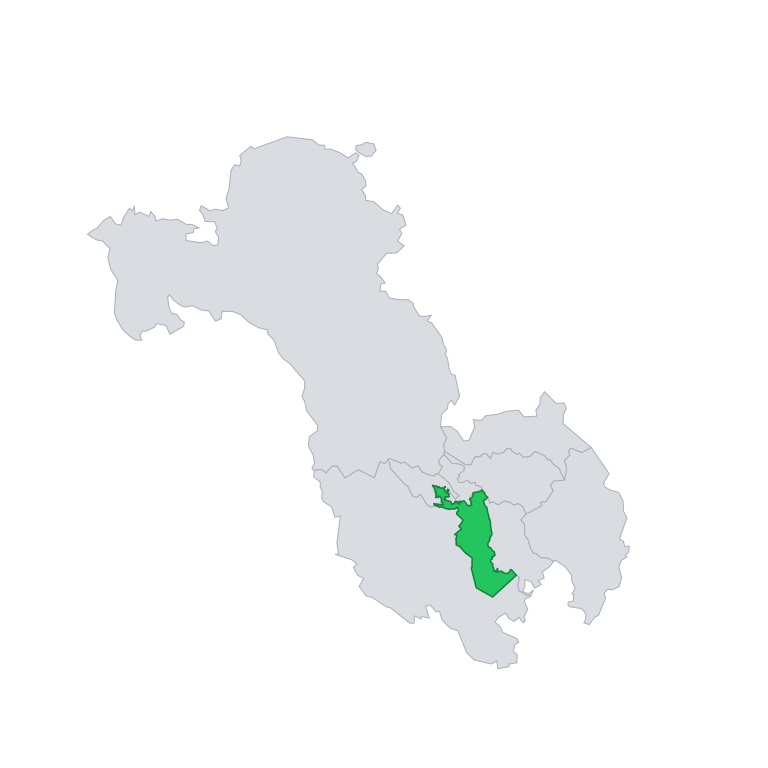 Uzbekistan highlighted among its neighbors, rotated 225°
{"feature_id": "UZB", "entity_name": "Uzbekistan", "entity_type": "country or territory", "adm_level": 0, "iso_a3": "UZB", "parent_name": "Asia", "parent_adm1": "", "projection": "robinson", "projection_center": [66.075, 41.364], "detail": "fine", "context": "with_neighbors", "style": "filled", "palette": "green", "viewbox_px": 768, "rotation_deg": 225, "n_neighbors": 8, "source": "natural_earth", "source_scale": "50m", "svg_char_len": 13889}
<svg xmlns="http://www.w3.org/2000/svg" viewBox="0 0 768 768"><g transform="rotate(225 384 384)"><path d="M372.4,273.8L367.8,279.5L362.2,280.3L362.7,289.0L359.3,292.9L345.3,290.0L341.6,305.5L324.6,310.8L331.9,326.0L327.2,328.3L328.1,333.3L323.7,332.0L319.9,328.9L297.6,327.7L295.1,328.7L284.9,325.0L280.9,326.8L280.0,332.0L268.2,329.0L263.6,330.2L262.1,334.0L248.7,341.7L245.7,348.0L243.0,348.0L241.0,343.9L231.9,343.6L230.4,336.5L227.0,336.4L227.5,327.6L219.1,321.2L198.7,323.2L192.1,315.3L174.5,305.1L156.3,310.2L155.1,342.4L151.4,342.8L146.8,336.0L142.1,333.5L133.9,335.3L130.6,338.2L130.3,336.1L132.3,332.5L131.1,329.4L123.1,326.4L120.5,318.6L116.7,316.4L116.7,313.5L123.5,314.4L124.2,308.0L130.2,306.6L136.2,307.9L138.1,299.5L137.2,294.1L130.2,294.5L124.5,292.4L109.6,298.0L106.2,296.7L107.3,292.2L103.4,286.4L98.3,286.7L93.0,280.8L97.6,274.3L95.8,272.5L102.2,263.1L108.6,268.1L110.1,261.9L124.9,252.7L135.4,252.4L157.4,261.7L164.8,258.2L175.5,258.0L183.9,262.4L186.0,259.9L195.4,260.2L197.2,256.2L186.5,250.4L193.1,246.3L191.9,244.0L198.3,241.8L193.7,236.0L196.8,233.1L221.5,230.2L224.7,228.1L241.0,224.9L246.8,221.5L258.5,223.3L260.9,232.0L267.6,230.0L276.2,232.8L275.8,237.5L282.2,237.0L298.2,229.0L295.9,231.7L304.8,238.2L321.4,259.7L324.6,255.2L334.3,260.1L343.7,257.9L347.6,259.5L351.4,264.3L356.3,266.0L359.6,269.6L368.2,268.5L372.4,273.8Z" fill="#d9dde1" stroke="#a8b0b8" stroke-width="1"/><path d="M313.8,393.6L306.9,401.0L298.8,402.3L287.5,400.1L284.0,403.9L289.5,417.7L295.6,422.0L289.4,427.1L289.7,433.5L282.6,442.3L278.1,451.3L270.3,460.6L261.6,459.9L253.3,469.2L258.3,473.1L259.3,479.9L263.6,484.4L265.1,492.0L248.4,492.0L243.3,497.9L237.8,495.7L235.5,489.3L229.6,482.6L192.6,485.6L195.5,475.4L206.5,470.8L205.9,466.7L202.3,465.3L202.1,457.5L195.0,453.6L188.3,443.6L200.9,448.1L208.4,446.8L212.9,447.9L214.4,446.0L219.6,446.8L229.4,443.1L229.6,435.6L233.8,430.6L239.3,430.6L240.1,428.1L245.8,427.0L248.6,427.8L251.5,425.3L251.0,420.0L254.1,414.7L258.8,412.4L255.8,406.6L262.9,406.8L264.8,403.7L264.5,400.3L268.1,396.6L265.3,388.4L269.5,384.6L293.6,379.1L299.1,383.2L301.5,390.0L313.8,393.6Z" fill="#d9dde1" stroke="#a8b0b8" stroke-width="1"/><path d="M230.6,377.1L234.6,377.1L242.4,380.1L247.6,377.2L250.1,378.9L252.4,374.9L256.8,375.1L258.6,370.2L261.6,367.2L265.6,369.2L264.9,371.9L267.1,372.3L266.5,379.7L269.5,382.6L275.2,379.9L279.7,375.9L292.2,376.6L293.6,379.1L269.5,384.6L265.3,388.4L268.1,396.6L264.5,400.3L264.8,403.7L262.9,406.8L255.8,406.6L258.8,412.4L254.1,414.7L251.0,420.0L251.5,425.3L248.6,427.8L245.8,427.0L240.1,428.1L239.3,430.6L233.8,430.6L229.6,435.6L229.4,443.1L219.6,446.8L214.4,446.0L212.9,447.9L208.4,446.8L200.9,448.1L188.3,443.6L195.2,435.6L194.7,429.9L189.1,428.4L186.2,415.8L189.5,410.9L186.3,409.6L191.6,392.2L199.1,395.5L204.6,394.3L206.2,390.3L212.0,389.0L216.1,386.3L217.6,379.3L223.8,377.6L224.9,374.4L230.6,377.1Z" fill="#d9dde1" stroke="#a8b0b8" stroke-width="1"/><path d="M240.1,379.0L244.2,370.1L242.5,363.5L237.2,361.4L239.1,357.5L245.1,357.9L250.7,347.5L260.2,345.4L258.8,349.5L259.9,351.9L262.8,351.7L260.3,354.4L252.4,352.9L251.8,358.0L259.6,357.3L268.6,360.2L282.2,358.8L284.3,367.0L286.6,366.1L291.1,368.1L292.2,376.6L279.7,375.9L275.2,379.9L269.5,382.6L266.5,379.7L267.1,372.3L264.9,371.9L265.6,369.2L261.6,367.2L258.6,370.2L256.8,375.1L252.4,374.9L250.1,378.9L247.6,377.2L242.4,380.1L240.1,379.0Z" fill="#d9dde1" stroke="#a8b0b8" stroke-width="1"/><path d="M262.1,334.0L263.6,330.2L268.2,329.0L280.0,332.0L280.9,326.8L284.9,325.0L295.1,328.7L297.6,327.7L319.9,328.9L323.7,332.0L328.1,333.3L327.3,335.3L316.3,340.0L314.0,343.5L304.8,344.5L302.4,350.1L294.7,348.9L289.9,350.6L283.1,354.8L284.2,356.8L282.2,358.8L268.6,360.2L259.6,357.3L251.8,358.0L252.4,352.9L260.3,354.4L262.8,351.7L268.3,352.6L277.3,346.3L268.7,341.7L263.7,343.8L258.4,340.5L264.2,334.9L262.1,334.0Z" fill="#d9dde1" stroke="#a8b0b8" stroke-width="1"/><path d="M130.6,338.2L133.9,335.3L142.1,333.5L146.8,336.0L151.4,342.8L163.2,342.3L162.2,337.9L168.4,334.9L174.5,329.8L184.0,334.4L184.5,341.4L187.2,343.2L195.0,342.8L197.3,344.4L200.7,353.4L213.6,363.6L230.8,371.7L230.6,377.1L224.9,374.4L223.8,377.6L217.6,379.3L216.1,386.3L212.0,389.0L206.2,390.3L204.6,394.3L199.1,395.5L191.6,392.2L191.1,384.8L185.7,384.4L177.5,376.6L171.7,375.7L163.8,371.2L158.7,370.4L155.4,372.0L150.6,371.8L145.2,376.8L138.7,378.5L137.7,372.3L139.1,363.1L133.6,360.1L135.8,354.1L131.0,353.5L133.1,346.2L139.7,348.3L146.1,345.5L141.2,340.3L139.4,335.3L133.6,337.5L132.5,343.9L130.6,338.2Z" fill="#d9dde1" stroke="#a8b0b8" stroke-width="1"/><path d="M96.0,442.8L92.1,438.1L92.3,433.4L89.9,433.4L91.5,427.0L88.1,420.3L79.2,415.4L74.6,407.0L76.8,400.1L80.7,397.1L80.5,391.9L75.9,389.3L68.6,371.7L70.2,369.0L68.8,358.9L73.9,356.4L74.8,359.7L78.2,363.8L83.0,364.9L85.7,364.7L94.7,358.2L97.4,357.5L99.4,360.1L96.6,364.5L100.8,369.1L102.6,368.6L104.5,375.1L111.3,377.0L116.1,381.4L126.4,382.9L137.9,380.6L138.7,378.5L145.2,376.8L150.6,371.8L155.4,372.0L158.7,370.4L163.8,371.2L171.7,375.7L177.5,376.6L185.7,384.4L191.1,384.8L191.6,392.2L186.3,409.6L189.5,410.9L186.2,415.8L189.1,428.4L194.7,429.9L195.2,435.6L188.3,443.6L195.0,453.6L202.1,457.5L202.3,465.3L205.9,466.7L206.5,470.8L195.5,475.4L192.6,485.6L161.5,479.8L158.5,468.9L154.9,467.4L149.1,469.0L141.3,473.2L132.2,470.3L124.8,463.5L117.6,461.0L107.7,440.8L103.6,442.2L99.0,439.3L96.0,442.8Z" fill="#d9dde1" stroke="#a8b0b8" stroke-width="1"/><path d="M561.3,546.5L554.8,543.7L554.1,536.1L557.7,532.1L565.9,529.6L570.3,529.9L572.2,533.2L569.1,537.1L567.6,542.2L561.3,546.5ZM328.1,333.3L327.2,328.3L331.9,326.0L324.6,310.8L341.6,305.5L345.3,290.0L359.3,292.9L362.7,289.0L362.2,280.3L367.8,279.5L372.4,273.8L375.0,273.0L377.4,279.1L383.7,283.6L393.9,286.9L399.5,293.8L398.1,303.9L401.1,307.7L419.2,310.3L428.4,315.8L432.8,316.8L437.1,324.8L442.0,330.0L464.7,331.8L474.0,330.5L481.2,331.8L492.6,337.2L501.2,337.2L504.8,339.9L512.3,335.2L523.2,332.1L533.8,331.8L541.5,328.7L549.9,321.1L545.2,314.9L547.7,309.2L559.4,311.8L565.3,307.2L575.1,303.8L578.7,298.1L583.0,295.7L592.7,294.5L598.5,295.5L598.4,292.4L590.5,286.4L584.2,283.7L579.8,286.8L572.7,285.5L569.0,286.6L566.4,283.1L570.6,267.9L579.6,271.2L587.7,265.8L586.4,262.0L589.6,253.1L592.4,250.4L590.8,245.7L586.4,243.7L590.5,239.5L598.2,238.0L606.9,237.7L617.7,240.2L624.6,243.4L640.0,260.7L645.5,269.0L658.2,271.8L668.3,277.9L673.7,286.0L684.2,286.1L689.0,282.7L699.4,280.1L698.5,287.9L697.0,291.0L697.9,300.5L696.1,308.9L687.1,307.4L682.1,310.4L686.1,317.9L688.2,328.2L684.6,328.5L686.0,332.9L679.9,327.7L678.5,332.6L668.6,336.4L671.0,341.0L664.7,340.7L660.6,338.0L657.4,344.2L650.8,348.9L646.4,354.5L636.8,357.0L632.4,361.1L625.1,363.6L628.1,359.5L625.9,356.0L630.2,350.1L625.2,345.6L613.1,354.7L609.8,360.4L602.8,360.8L599.9,365.0L604.9,370.9L611.1,372.4L612.1,376.3L618.4,378.9L625.3,372.6L632.5,376.0L637.2,376.3L639.4,380.9L629.5,383.3L627.1,388.1L620.9,392.5L618.3,398.7L627.0,403.6L631.4,412.3L643.5,427.2L644.5,433.7L640.2,436.1L642.8,440.9L647.6,443.6L646.3,457.8L642.2,458.6L627.3,490.3L607.5,505.9L599.0,506.9L594.7,510.9L591.8,508.0L587.8,512.4L577.5,516.8L569.5,518.2L567.5,527.5L563.3,528.0L560.8,521.6L562.4,518.2L552.0,515.4L548.4,516.8L540.6,514.5L536.7,510.9L537.6,505.8L530.5,504.2L526.6,500.9L520.4,505.6L507.0,506.6L499.1,510.0L500.8,520.2L496.7,519.9L495.5,514.2L490.0,516.8L480.8,511.8L482.6,504.5L477.7,502.8L475.4,494.6L467.5,496.1L467.8,485.6L474.5,478.2L473.5,464.1L470.0,462.0L467.1,456.8L462.8,457.5L454.6,456.2L456.9,452.5L452.9,447.0L447.8,450.7L441.4,448.5L433.1,454.1L426.6,460.7L420.6,461.8L417.2,459.4L407.7,457.2L403.7,459.4L399.1,466.0L398.1,459.0L393.6,460.9L376.1,458.0L369.9,454.1L363.9,452.4L361.2,448.1L357.0,446.9L349.2,441.1L343.0,438.4L340.0,440.5L321.8,428.7L319.3,419.0L324.7,420.2L324.8,415.6L321.6,411.1L322.1,403.9L313.8,393.6L301.5,390.0L299.1,383.2L293.6,379.1L292.2,376.6L291.1,368.1L286.6,366.1L284.3,367.0L282.2,358.8L284.2,356.8L283.1,354.8L289.9,350.6L294.7,348.9L302.4,350.1L304.8,344.5L314.0,343.5L316.3,340.0L327.3,335.3L328.1,333.3Z" fill="#d9dde1" stroke="#a8b0b8" stroke-width="1"/><path d="M262.0,334.2L262.6,333.9L263.3,334.2L263.9,334.5L264.0,334.7L264.0,334.9L262.6,335.7L261.8,336.0L261.4,336.1L261.0,337.0L260.5,337.2L259.8,337.4L259.3,337.8L258.6,338.8L256.6,340.1L256.6,340.4L256.8,340.6L257.4,340.7L258.3,341.2L258.7,341.5L260.0,341.1L260.3,341.2L260.6,341.6L261.0,342.8L261.6,343.1L262.3,343.4L262.7,343.5L263.4,343.8L264.2,343.9L264.7,343.8L265.4,344.0L265.5,343.9L265.5,342.1L266.1,342.4L266.4,342.4L266.7,342.2L266.9,341.9L266.9,341.3L266.8,340.7L267.0,340.4L267.4,340.4L267.5,340.6L267.5,341.1L267.9,341.3L268.2,341.5L268.4,341.9L268.7,342.4L268.8,343.4L269.4,343.5L270.1,343.7L270.5,343.5L270.9,343.6L271.0,344.1L271.0,344.5L271.1,344.9L271.3,345.0L271.9,344.7L272.3,344.7L272.8,344.9L273.4,345.3L274.2,346.1L274.5,346.2L275.7,346.3L276.0,346.5L276.4,346.5L276.9,346.3L277.9,346.6L277.8,347.0L275.4,348.1L275.2,348.5L274.7,349.0L274.2,349.2L273.9,349.3L272.7,348.8L272.5,349.1L272.5,349.3L272.8,349.8L272.7,350.1L272.5,350.3L271.7,350.1L271.6,349.9L271.3,349.9L270.8,350.0L270.0,350.9L269.7,351.3L269.6,351.6L269.2,351.7L268.8,351.8L268.3,352.2L267.7,352.5L267.5,352.3L267.4,352.0L267.3,351.9L266.9,352.0L266.5,352.0L266.0,351.7L265.4,351.4L264.9,351.3L263.4,351.5L262.7,351.6L262.4,351.7L262.0,351.8L260.3,352.1L259.9,352.0L259.6,351.5L259.4,351.0L258.9,350.8L258.4,350.7L258.2,350.5L258.2,350.2L258.3,349.9L260.5,348.1L260.7,347.8L260.9,347.5L260.9,347.4L260.1,347.0L260.0,346.9L260.2,346.7L259.6,345.9L258.6,344.9L258.3,344.8L258.1,344.9L257.7,345.8L257.5,346.0L256.4,346.7L253.9,347.9L253.4,348.1L253.1,348.0L252.8,347.9L251.9,347.1L251.3,346.9L250.9,347.1L250.5,347.5L250.6,348.3L250.2,348.7L249.8,348.9L250.5,351.0L249.9,351.3L250.3,352.1L250.0,352.2L249.2,352.0L248.0,351.9L245.9,352.2L245.7,352.4L245.7,352.5L245.8,352.7L246.8,352.7L247.8,352.6L248.1,352.8L248.2,353.0L247.7,353.2L247.0,353.4L246.9,353.6L247.1,354.2L247.4,354.5L247.5,354.7L247.3,354.8L247.2,354.9L246.9,354.6L246.7,354.9L246.7,355.1L246.5,355.3L246.2,355.2L245.8,355.3L245.6,356.1L245.4,357.1L244.9,357.7L244.6,357.9L244.1,358.0L243.4,357.9L243.0,357.8L241.8,357.7L240.6,357.4L239.2,357.2L237.9,357.7L237.6,358.1L237.3,358.4L237.1,358.5L236.5,360.5L236.9,360.9L238.5,361.3L238.7,361.5L238.8,361.7L238.9,362.6L239.0,362.7L239.6,362.8L240.4,362.8L241.0,362.7L241.6,362.8L242.0,363.0L242.2,363.3L242.3,363.6L241.6,365.6L241.7,366.3L241.9,367.3L242.3,368.1L243.1,368.9L243.7,369.4L243.8,369.6L243.9,370.0L243.8,370.4L243.5,371.2L243.0,371.8L242.6,372.1L242.0,372.9L241.4,373.9L240.4,375.2L240.0,376.0L239.9,378.1L239.6,378.8L239.6,378.5L239.2,378.3L238.5,378.3L238.1,378.2L237.8,377.9L237.3,378.0L236.4,378.4L235.5,378.2L234.6,377.3L232.8,377.0L230.6,377.2L230.5,376.2L230.5,375.0L230.6,373.4L231.4,372.1L231.3,371.8L231.2,371.6L231.0,371.4L229.6,371.0L229.2,370.8L228.7,370.4L228.0,370.0L227.5,369.7L226.6,369.3L225.8,369.1L225.3,369.3L224.8,369.5L224.4,369.5L224.0,369.4L222.4,368.4L220.1,366.7L218.3,365.5L217.1,365.0L216.8,364.8L216.2,364.3L214.6,362.8L213.5,363.1L212.0,362.1L210.6,361.2L210.3,361.0L208.8,359.3L205.6,357.1L202.7,355.1L201.8,354.3L201.5,354.0L201.2,353.5L200.7,350.9L200.2,349.7L199.4,349.1L198.8,347.9L198.3,346.0L197.8,344.8L197.5,344.3L196.8,343.7L195.7,343.0L194.6,342.7L194.2,342.7L194.0,342.8L193.8,342.9L193.4,343.4L192.8,343.4L192.3,343.4L191.9,343.2L190.6,343.1L190.1,342.9L189.3,342.9L187.6,343.2L187.2,343.2L185.4,342.0L184.6,341.6L184.4,341.4L184.4,340.9L184.7,340.3L185.0,339.9L184.9,339.5L184.6,339.0L184.6,338.5L184.8,338.2L185.3,338.3L185.5,338.1L185.4,337.8L185.2,337.6L184.8,337.2L183.8,336.7L183.7,336.6L183.7,336.4L183.9,336.2L184.0,335.8L184.0,335.2L184.1,334.9L184.2,334.7L183.7,334.3L183.1,333.8L182.5,333.7L180.3,333.7L179.6,333.5L179.0,333.2L178.5,332.1L178.2,331.9L177.4,331.7L176.6,331.6L176.3,331.4L175.2,330.4L174.3,329.5L173.8,330.4L173.4,330.6L172.6,330.5L171.9,330.3L171.5,330.5L171.1,330.9L171.2,331.1L171.5,331.3L172.1,331.7L172.9,332.8L173.3,333.4L173.4,333.6L173.2,333.8L172.8,333.8L172.6,333.6L172.6,333.3L172.3,332.9L172.0,332.6L171.7,332.4L171.2,332.3L170.5,332.1L170.2,332.1L169.9,332.3L169.6,332.7L169.4,333.4L168.9,334.3L168.6,334.7L167.7,334.9L165.5,335.0L164.8,335.3L164.4,335.6L163.5,336.7L162.9,337.1L162.4,337.6L162.5,339.2L162.7,341.2L163.1,341.7L163.3,341.8L163.3,342.0L162.9,342.4L162.6,342.8L162.2,342.8L161.5,342.7L160.9,342.6L155.2,342.3L155.4,338.3L156.5,314.2L156.6,310.2L167.3,307.2L174.1,305.4L174.9,305.3L175.7,305.7L180.4,308.6L184.2,310.9L185.1,311.4L191.7,315.4L192.1,315.8L192.3,316.7L192.8,317.4L193.5,318.1L194.3,318.9L196.0,320.6L198.5,323.3L199.1,323.3L207.1,322.1L215.8,322.8L218.4,321.5L219.1,321.4L219.8,321.9L221.0,323.3L221.7,324.0L223.2,324.9L225.4,328.7L227.5,327.7L227.4,329.6L227.2,332.2L226.9,333.6L226.9,336.3L230.4,336.4L230.5,337.3L230.6,338.6L231.1,340.8L231.6,342.7L231.9,343.5L232.2,343.7L232.6,343.8L239.2,343.5L239.7,343.7L240.1,343.5L240.6,343.4L241.2,344.3L241.5,344.6L241.9,344.8L241.5,346.3L241.5,346.8L241.9,347.2L242.3,347.5L243.2,348.1L244.1,348.4L244.7,348.5L245.3,348.4L245.5,348.1L245.4,347.6L245.1,347.1L245.1,346.6L245.3,346.2L246.4,344.7L247.2,344.0L248.2,343.3L248.6,342.8L248.7,341.9L249.3,341.4L250.0,341.1L250.8,340.8L251.1,340.4L252.2,339.6L252.9,339.2L253.8,339.0L255.0,338.5L256.0,337.9L256.9,336.8L257.6,336.1L258.2,335.7L258.7,335.6L259.1,336.0L259.4,336.0L259.6,335.9L260.0,335.4L260.3,334.9L260.7,334.7L261.4,334.5L262.0,334.2ZM260.1,345.6L260.1,345.4L259.9,345.1L259.5,344.9L259.4,345.0L259.5,345.3L259.9,345.7L260.1,345.6ZM264.3,354.8L263.9,354.9L263.3,354.8L262.9,354.8L263.1,354.0L263.1,353.9L262.9,353.8L262.6,353.5L262.5,353.1L262.6,352.7L262.8,352.5L263.4,353.1L263.7,353.3L264.4,353.4L264.1,354.0L264.4,354.7L264.3,354.8ZM268.4,354.3L268.2,354.7L267.9,354.6L267.6,354.3L267.7,354.1L268.1,354.0L268.3,353.9L268.5,353.9L268.4,354.3Z" fill="#22c55e" stroke="#15803d" stroke-width="1.5"/></g></svg>